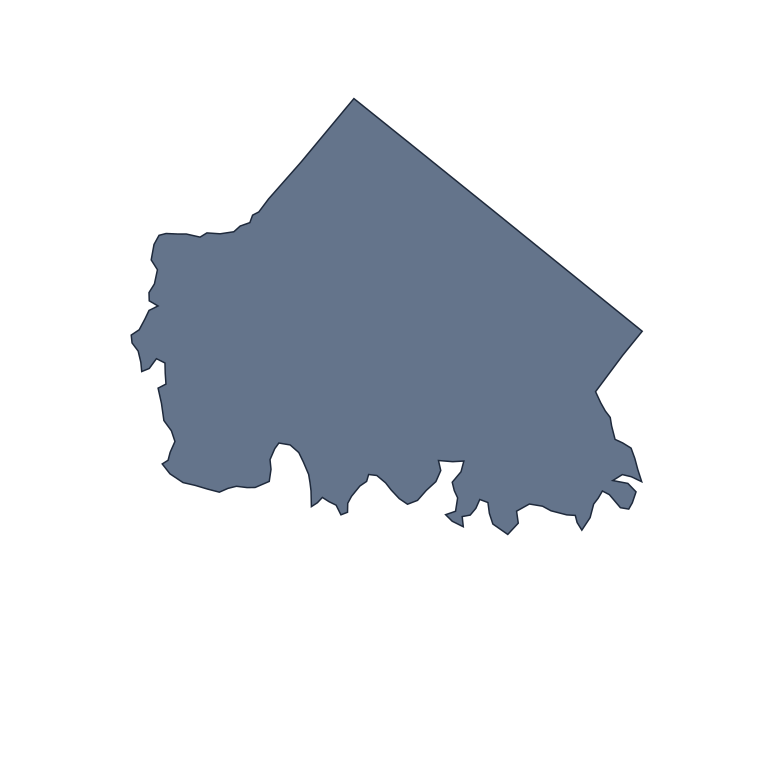 Uraí, Paraná, Brazil, rotated 130°
{"feature_id": "56859067B91534490521731", "entity_name": "Uraí", "entity_type": "district", "adm_level": 2, "iso_a3": "BRA", "parent_name": "Brazil", "parent_adm1": "Paraná", "projection": "robinson", "projection_center": [-50.799, -23.207], "detail": "fine", "context": "isolated", "style": "filled", "palette": "slate", "viewbox_px": 768, "rotation_deg": 130, "n_neighbors": 0, "source": "geoboundaries", "source_scale": "gbopen_adm2", "svg_char_len": 1887}
<svg xmlns="http://www.w3.org/2000/svg" viewBox="0 0 768 768"><g transform="rotate(130 384 384)"><path d="M514.5,603.4L516.8,593.5L523.7,584.2L530.2,577.6L523.0,573.8L510.9,574.6L508.7,565.3L516.5,558.4L524.2,551.0L532.4,554.4L541.9,542.0L553.5,529.1L556.5,516.8L562.4,507.2L573.8,503.9L581.2,500.4L587.8,502.5L590.4,490.2L588.7,474.6L583.0,463.4L578.0,451.8L572.7,440.6L564.2,436.4L557.2,431.3L551.3,422.2L546.1,416.2L532.4,409.3L522.0,415.7L515.2,422.7L503.8,426.1L496.8,426.6L491.0,416.7L491.3,405.2L495.6,395.6L501.7,383.6L507.2,377.2L512.8,371.2L524.6,360.8L517.8,358.7L510.5,358.3L509.5,350.5L507.6,342.8L511.9,332.9L505.7,329.5L498.7,335.1L490.9,336.7L477.6,336.9L469.8,334.7L463.2,337.6L458.7,330.7L458.7,319.2L460.6,310.3L462.0,298.6L461.0,288.7L451.6,283.5L438.3,283.2L425.4,281.5L413.8,284.9L407.6,293.1L399.4,281.5L391.7,273.3L401.7,268.6L415.4,268.6L420.5,261.6L423.9,254.4L435.5,247.4L444.5,252.8L445.3,243.6L442.4,231.5L435.3,238.9L429.0,233.7L420.2,233.7L410.9,236.4L408.0,228.2L415.4,220.1L421.3,210.6L419.7,192.5L404.3,191.7L396.2,200.7L382.5,195.5L375.7,184.0L373.8,174.6L366.8,159.9L361.7,153.0L366.0,147.0L368.8,138.5L353.9,140.2L341.2,146.2L333.9,146.5L325.6,147.9L323.9,140.2L326.8,123.4L322.5,116.1L315.4,117.4L304.6,121.6L303.4,133.3L310.9,146.7L300.2,143.2L296.1,135.0L293.2,123.8L286.4,134.6L279.8,144.0L274.3,153.5L275.7,163.2L277.9,171.4L269.8,182.7L264.2,189.2L262.4,197.2L259.1,205.9L253.9,217.0L208.8,219.6L177.6,220.1L180.9,406.3L181.8,450.7L182.8,502.5L184.7,590.5L196.1,590.5L267.7,590.2L316.2,591.4L332.7,590.5L339.1,593.2L346.6,590.5L355.4,595.7L363.9,596.9L374.3,606.1L382.1,616.8L389.7,619.3L396.2,631.9L401.3,637.9L408.8,647.7L414.7,651.9L424.9,649.9L438.6,642.1L442.1,631.0L454.9,624.2L465.0,622.8L471.2,617.3L469.5,607.3L478.7,611.3L488.0,608.9L499.8,606.4L509.0,609.1L514.5,603.4Z" fill="#64748b" stroke="#1e293b" stroke-width="1.5"/></g></svg>